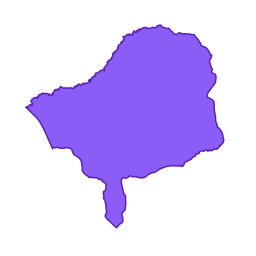 Sameakki Mean Chey, Kâmpóng Chhnang, Cambodia, rotated 169°
{"feature_id": "14789045B48917657678011", "entity_name": "Sameakki Mean Chey", "entity_type": "district", "adm_level": 2, "iso_a3": "KHM", "parent_name": "Cambodia", "parent_adm1": "Kâmpóng Chhnang", "projection": "albers", "projection_center": [104.566, 11.892], "detail": "fine", "context": "isolated", "style": "filled", "palette": "violet", "viewbox_px": 256, "rotation_deg": 169, "n_neighbors": 0, "source": "geoboundaries", "source_scale": "gbopen_adm2", "svg_char_len": 5850}
<svg xmlns="http://www.w3.org/2000/svg" viewBox="0 0 256 256"><g transform="rotate(169 128 128)"><path d="M158.4,32.4L156.6,33.4L155.5,34.7L151.4,36.5L150.7,38.0L150.3,40.7L150.6,45.0L146.5,48.2L144.4,54.9L144.5,55.5L144.3,57.1L143.3,61.7L144.6,64.3L145.0,74.1L144.9,76.4L144.6,77.5L143.4,80.1L142.8,80.3L141.3,79.6L139.0,79.1L137.9,79.4L135.3,80.7L132.5,79.2L129.5,78.7L126.2,77.0L124.9,76.6L122.3,76.3L120.3,76.6L116.0,78.9L112.7,79.4L110.2,79.4L108.1,80.1L105.7,81.2L102.8,82.1L96.9,82.9L93.1,82.7L89.0,81.9L83.4,80.6L81.7,79.9L80.2,81.3L78.9,83.2L77.6,83.8L76.5,83.8L75.0,84.8L74.5,84.5L73.2,85.1L72.0,85.3L70.0,86.9L67.1,87.8L66.8,88.2L66.5,89.6L65.8,89.3L64.4,89.4L64.0,89.3L63.4,89.5L63.3,90.1L62.8,90.0L62.4,91.1L61.3,91.5L59.4,91.3L57.7,90.7L56.7,91.6L56.1,91.7L54.9,91.0L54.0,89.9L53.4,90.2L53.3,90.8L52.1,90.6L51.5,90.0L50.5,90.1L50.1,89.8L49.5,90.0L49.1,90.3L48.0,90.5L47.4,90.8L44.5,90.3L44.4,90.9L43.3,91.1L43.0,91.8L42.7,92.0L42.3,92.0L41.6,92.7L41.2,92.6L41.1,93.4L40.3,93.4L37.4,95.5L37.0,97.0L36.2,98.0L36.2,98.7L36.5,99.8L36.3,102.3L36.5,105.0L36.7,106.1L38.3,109.8L38.8,110.6L40.0,111.7L40.2,112.5L39.9,114.3L40.6,117.2L40.6,118.3L40.0,122.3L39.8,129.8L39.0,134.5L38.7,137.7L39.4,138.9L40.2,139.9L41.9,141.4L43.9,142.9L44.3,143.6L44.2,144.8L44.0,145.3L43.4,146.5L42.5,147.6L37.6,152.3L34.4,154.9L33.5,156.2L32.2,159.8L31.9,161.3L31.8,163.0L32.4,164.3L34.2,165.6L35.4,166.1L35.4,167.2L34.3,168.6L34.2,169.1L34.2,170.1L34.8,171.1L34.8,172.5L34.9,173.5L35.1,173.9L35.1,175.9L35.4,177.7L34.7,178.7L34.5,179.5L33.3,180.6L33.2,181.5L32.4,182.2L31.9,183.1L32.3,183.8L33.6,185.2L33.4,186.0L33.9,186.5L34.0,188.0L35.7,191.5L37.6,193.0L39.7,194.2L40.5,196.1L40.7,197.7L41.7,198.7L41.8,200.5L42.3,201.0L43.0,202.9L44.5,204.8L44.8,206.1L45.3,206.9L46.0,207.2L48.4,207.7L49.2,208.4L49.7,208.5L52.8,209.2L53.7,209.7L55.3,209.6L55.8,209.9L56.5,209.8L58.5,211.3L58.9,211.3L59.8,211.8L60.9,211.0L61.7,210.8L63.1,210.8L64.1,211.3L64.7,211.3L65.2,212.0L66.4,214.4L67.3,215.0L67.8,215.6L68.5,217.7L69.0,218.1L70.7,218.3L72.1,218.9L73.1,219.5L73.9,219.7L74.6,220.6L75.8,221.1L75.7,222.2L76.8,223.0L78.0,222.8L79.6,222.9L80.4,221.5L80.9,221.3L81.6,221.3L83.3,221.8L84.5,221.7L85.0,222.2L85.5,222.1L86.7,221.5L87.8,221.4L89.7,222.6L90.9,222.3L91.5,223.3L91.8,223.5L93.4,223.6L94.0,223.3L94.3,222.9L95.3,223.1L95.6,222.6L96.0,222.4L96.7,222.4L97.6,221.9L97.8,222.3L97.7,222.6L97.8,222.9L98.5,222.8L98.5,222.0L98.8,221.4L99.3,221.8L99.9,221.8L100.3,222.1L100.8,222.0L101.0,221.6L101.4,221.5L101.6,221.1L101.6,220.4L102.9,220.7L103.2,221.1L103.3,222.0L103.7,222.1L104.4,221.1L105.0,220.6L105.4,220.1L105.4,219.1L106.2,218.5L107.0,219.0L107.2,219.3L108.1,219.8L108.8,219.3L109.2,218.9L109.5,219.2L109.5,219.8L110.0,220.0L111.1,219.9L112.2,218.9L113.6,218.5L114.3,217.7L114.8,217.9L114.9,218.6L115.3,218.7L115.4,217.7L114.7,216.9L114.7,216.0L115.7,215.4L115.9,214.9L115.9,214.4L118.0,213.8L118.4,213.5L117.8,212.8L118.8,212.4L120.1,211.5L121.3,211.2L122.4,209.8L122.0,208.8L122.3,208.3L122.6,208.1L123.0,208.2L122.9,207.3L125.5,205.8L126.6,205.5L126.9,205.2L126.4,204.5L126.6,204.2L127.2,204.5L128.7,204.1L129.0,203.7L128.6,202.5L129.4,201.6L129.9,200.5L130.7,200.3L132.0,198.5L132.7,198.1L133.6,198.2L134.2,198.1L134.3,197.7L134.8,197.1L136.1,196.4L135.7,195.7L135.9,194.9L136.5,194.5L137.0,193.8L137.8,193.4L139.1,192.2L139.4,191.7L140.1,191.4L140.3,191.1L140.0,190.0L140.0,189.1L140.4,188.8L141.7,189.9L142.1,189.6L142.7,189.4L143.6,189.7L144.1,189.6L144.9,189.0L146.5,188.3L147.9,187.5L148.8,188.1L150.1,186.9L150.0,185.4L150.2,185.0L150.6,184.9L151.6,185.3L152.1,185.3L152.5,185.1L153.7,184.1L154.9,183.4L155.1,182.1L155.4,181.9L155.8,182.0L156.0,182.5L156.6,182.7L157.4,182.4L157.7,181.9L157.4,181.6L156.0,181.1L156.0,180.6L156.2,180.3L160.2,179.9L162.3,180.1L162.9,180.5L163.3,180.2L163.2,179.6L164.8,180.0L165.1,180.0L165.8,179.0L166.3,178.9L166.7,179.2L167.4,180.3L168.3,180.5L168.8,180.2L169.4,179.3L169.8,179.1L170.8,179.5L171.4,178.4L172.0,178.1L172.3,178.6L172.7,178.7L173.8,177.0L174.4,177.2L174.6,177.6L175.6,177.7L176.6,178.6L178.5,178.3L180.2,179.0L182.0,179.1L182.8,179.5L183.7,179.4L185.3,180.8L186.3,181.4L186.6,180.9L188.0,180.0L188.3,179.6L188.6,178.6L189.3,178.6L189.8,179.6L191.0,179.3L191.6,178.7L192.3,179.6L192.7,179.3L193.9,177.4L195.1,176.9L195.6,176.6L195.8,176.0L195.2,175.2L195.4,174.9L195.8,174.8L196.9,175.1L197.8,174.9L198.3,175.1L198.4,176.0L198.8,176.3L199.7,175.8L200.0,176.8L200.4,177.1L201.3,177.3L202.8,177.9L204.8,177.6L205.2,178.5L206.8,178.0L207.4,177.5L208.8,177.7L209.4,176.8L210.2,176.4L210.0,175.5L210.6,175.0L210.9,174.9L211.1,175.6L211.5,175.7L211.9,175.5L212.1,175.0L212.6,174.8L213.2,175.6L214.3,175.6L215.5,175.2L215.8,174.6L216.4,174.2L217.2,174.0L218.1,173.1L217.9,172.1L217.1,170.8L217.3,170.4L217.2,169.7L217.3,169.4L217.8,168.8L218.2,168.6L218.4,169.7L218.7,169.7L219.1,169.5L219.5,169.6L221.3,168.8L221.6,168.6L221.8,168.2L222.2,168.1L222.2,167.3L222.8,167.3L223.5,168.1L224.2,167.9L215.6,155.3L213.5,151.2L210.8,142.9L206.0,122.2L205.3,122.9L203.7,122.7L203.4,122.5L202.8,122.7L202.2,122.7L200.8,122.3L199.0,121.2L196.8,121.1L195.1,120.2L194.4,120.4L192.1,120.4L191.1,120.2L187.9,118.7L187.5,118.1L187.3,117.3L186.8,114.2L186.2,112.3L183.2,109.5L181.5,107.6L180.8,106.3L180.3,104.8L180.1,103.8L180.4,101.1L180.2,99.6L180.9,95.7L180.9,94.6L180.1,92.4L178.0,89.6L176.5,88.3L176.2,87.9L176.0,87.0L174.7,86.8L173.7,86.9L173.2,86.4L172.3,86.0L171.0,86.0L170.6,85.6L167.6,85.1L166.9,83.6L165.9,82.8L164.5,83.0L164.1,82.9L163.8,82.3L163.8,81.3L162.6,79.8L161.1,78.4L160.6,77.5L160.3,76.4L161.0,74.5L161.1,73.1L161.5,71.6L164.4,70.0L164.6,69.3L164.5,68.6L164.9,67.4L164.5,66.2L165.4,64.0L165.3,63.1L164.8,62.0L164.3,61.3L164.5,58.9L164.4,56.3L164.8,53.8L165.0,50.0L165.3,48.7L166.5,47.4L167.2,45.8L167.0,45.1L166.4,43.5L165.7,42.4L158.4,32.4Z" fill="#8b5cf6" stroke="#5b21b6" stroke-width="1.5"/></g></svg>